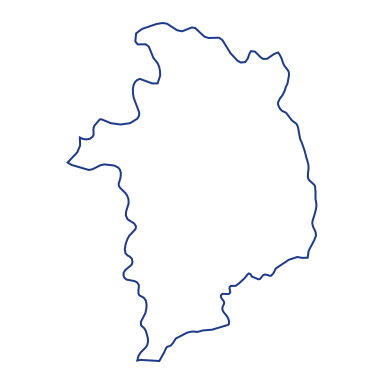 SVG path tracing the border of Cher
{"feature_id": "FRA-5279", "entity_name": "Cher", "entity_type": "Metropolitan department", "adm_level": 1, "iso_a3": "FRA", "parent_name": "France", "parent_adm1": "", "projection": "mercator", "projection_center": [2.504, 47.022], "detail": "fine", "context": "isolated", "style": "outline", "palette": "blue", "viewbox_px": 384, "rotation_deg": 0, "n_neighbors": 0, "source": "natural_earth", "source_scale": "10m", "svg_char_len": 3265}
<svg xmlns="http://www.w3.org/2000/svg" viewBox="0 0 384 384"><path d="M88.9,170.0L71.5,164.9L67.6,162.5L77.3,152.3L80.1,145.5L79.9,137.5L82.8,138.9L86.4,139.4L89.9,138.8L92.6,136.7L93.5,135.0L93.6,133.5L93.4,129.7L93.7,127.5L94.4,125.7L99.6,119.6L101.2,119.2L110.9,123.2L120.5,124.5L130.0,123.2L137.3,118.7L139.1,115.6L139.2,112.4L133.7,97.9L133.0,93.6L132.9,88.9L133.6,85.0L135.1,82.0L137.2,80.0L139.9,78.9L152.1,83.4L157.6,83.4L160.2,75.5L160.0,71.1L159.2,67.0L157.8,63.5L153.3,57.7L148.8,46.6L145.7,44.3L137.7,44.4L135.3,41.5L136.1,33.4L141.9,29.0L156.5,24.0L162.5,23.0L167.0,23.7L177.0,30.2L182.0,31.3L191.8,27.5L195.2,28.0L204.3,36.6L208.7,38.0L219.0,37.7L222.5,40.2L230.5,53.2L237.3,60.5L240.6,62.5L245.3,62.1L247.9,58.2L249.5,53.6L250.9,51.2L255.0,51.6L260.5,57.2L263.3,59.0L267.3,58.7L274.0,54.0L278.0,52.5L279.4,54.2L281.5,58.3L283.2,63.4L284.3,65.6L287.7,70.0L288.6,71.6L288.9,73.1L289.0,75.2L287.6,83.1L287.2,84.1L285.9,86.9L285.3,88.8L285.0,89.7L284.5,91.2L282.3,95.5L279.9,98.5L278.2,102.1L278.0,103.1L278.1,104.3L278.5,105.8L279.7,108.2L280.6,109.4L281.5,110.4L282.2,110.9L283.1,111.4L285.0,112.2L285.9,112.7L286.5,113.3L291.4,119.8L292.7,121.1L295.8,123.3L296.6,124.1L297.5,125.9L298.2,128.3L300.0,138.4L300.3,139.4L301.6,142.2L304.5,150.3L306.7,158.8L307.1,159.8L308.4,164.8L308.5,166.9L308.5,169.1L308.0,173.4L307.9,175.8L308.0,177.9L308.9,179.9L309.9,180.9L313.5,184.1L314.2,184.8L314.7,185.5L315.0,186.4L315.5,191.7L315.5,198.8L316.1,202.1L316.4,204.4L316.4,206.4L315.9,209.4L314.2,215.8L312.6,220.7L312.4,222.0L312.3,223.4L312.8,225.7L313.2,227.0L315.3,231.4L315.6,232.4L315.8,233.4L316.0,235.5L315.3,237.5L314.2,240.3L309.7,248.7L308.7,251.0L308.5,251.7L307.7,257.7L302.4,257.9L297.3,257.0L288.8,259.8L276.6,267.9L275.5,269.0L274.2,271.8L273.1,273.7L271.0,275.8L269.1,275.6L267.1,274.9L264.8,274.5L262.9,275.4L260.0,279.0L258.5,279.3L252.0,276.6L251.0,275.2L250.4,274.1L248.8,273.5L247.6,274.4L244.6,278.2L239.0,283.4L235.7,285.8L230.8,286.0L229.7,286.9L229.5,288.4L230.3,292.2L229.2,293.8L227.4,294.1L223.0,293.8L221.8,294.3L221.0,295.3L220.9,296.8L221.6,298.4L223.8,301.4L224.2,302.9L224.0,303.9L222.6,306.8L222.3,308.6L222.7,310.5L223.8,312.4L226.7,315.9L227.8,317.7L228.5,319.3L228.8,320.4L229.0,321.6L229.0,323.0L228.8,324.3L228.0,324.9L212.0,329.7L203.1,330.4L197.7,331.9L195.9,331.9L194.0,331.5L190.9,331.7L187.2,332.6L175.8,338.5L172.9,343.1L171.1,345.2L169.3,346.2L167.8,346.5L166.5,347.5L165.7,348.9L164.2,352.3L159.3,361.0L140.4,359.9L137.3,360.5L138.5,355.9L140.6,352.5L145.6,347.6L147.3,344.9L148.0,341.5L147.8,337.9L145.9,331.2L144.4,328.4L141.7,326.0L141.0,325.0L140.9,321.8L145.4,313.1L146.3,308.9L146.6,304.6L145.8,300.6L143.6,297.6L139.3,295.3L138.5,293.5L138.4,290.4L138.8,287.6L138.8,285.0L137.1,282.4L134.6,281.1L126.6,279.6L124.5,277.9L123.5,275.5L123.7,272.7L125.2,270.1L131.6,264.8L132.5,262.0L131.8,258.6L129.8,256.7L127.4,255.3L125.5,253.3L124.8,249.3L125.6,244.2L127.3,239.3L129.2,235.8L135.5,229.1L136.0,226.4L134.1,223.4L127.6,219.3L125.8,215.3L126.2,211.1L128.6,203.6L128.5,199.3L127.1,195.5L125.0,192.6L120.2,188.0L118.8,185.8L118.7,183.7L120.4,178.1L120.8,175.0L120.7,172.1L119.8,169.5L118.1,167.5L114.1,165.5L104.3,164.4L100.3,165.3L92.6,169.2L88.9,170.0Z" fill="none" stroke="#1e3a8a" stroke-width="2"/></svg>